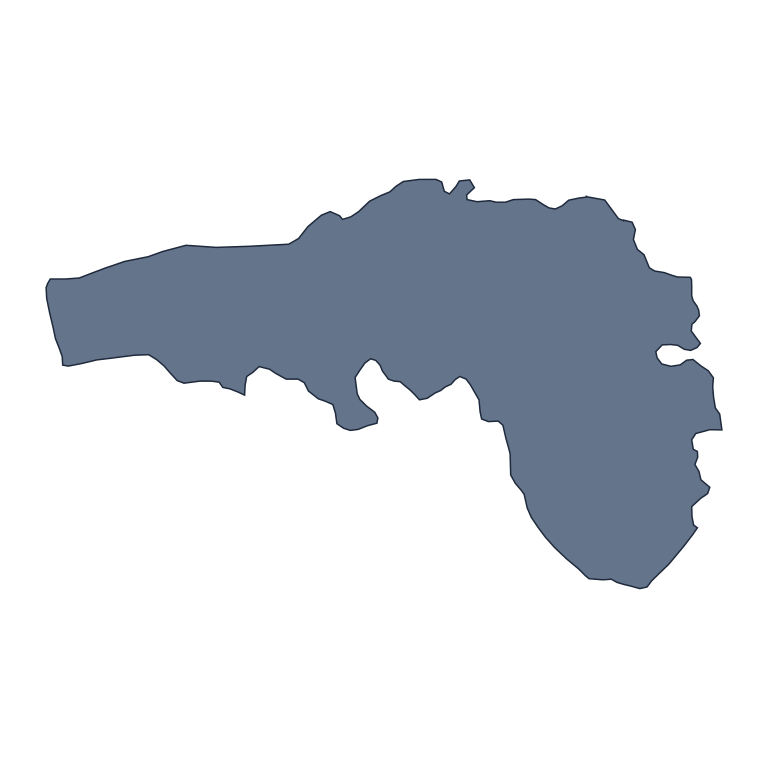 the district of Berg, Jämtland, Sweden
{"feature_id": "70781695B75500523526502", "entity_name": "Berg", "entity_type": "district", "adm_level": 2, "iso_a3": "SWE", "parent_name": "Sweden", "parent_adm1": "Jämtland", "projection": "mercator", "projection_center": [13.824, 62.694], "detail": "fine", "context": "isolated", "style": "filled", "palette": "slate", "viewbox_px": 768, "rotation_deg": 0, "n_neighbors": 0, "source": "geoboundaries", "source_scale": "gbopen_adm2", "svg_char_len": 2911}
<svg xmlns="http://www.w3.org/2000/svg" viewBox="0 0 768 768"><path d="M50.3,279.0L47.7,283.4L46.1,287.6L46.7,298.5L49.6,312.7L53.2,327.8L55.4,338.5L59.3,348.4L62.2,356.5L62.7,365.1L68.3,366.1L81.8,363.5L96.8,359.9L110.3,358.3L134.7,355.2L148.7,354.7L157.0,359.9L164.2,366.1L171.0,373.9L177.2,380.6L184.0,383.2L200.0,381.1L211.4,381.1L219.2,382.2L222.8,387.4L230.1,388.9L237.9,392.0L244.6,395.1L245.1,385.3L246.7,376.5L252.9,372.3L259.1,366.6L269.5,369.2L275.7,373.4L286.1,379.1L298.0,379.1L304.3,382.7L308.4,391.0L318.3,398.8L324.5,400.9L332.8,404.5L335.4,412.8L336.9,423.7L343.7,428.3L350.4,430.4L358.2,429.4L367.5,425.7L376.9,423.2L377.9,418.0L374.8,412.3L366.5,406.0L359.8,399.3L357.2,393.6L355.1,377.5L359.8,370.3L364.9,363.0L370.6,358.8L375.8,360.4L380.0,365.1L382.6,371.3L385.7,375.4L388.3,379.1L394.0,381.1L400.2,381.7L404.9,385.8L410.1,390.0L414.7,394.6L419.4,399.8L427.2,398.3L434.9,393.1L440.7,390.5L445.3,386.9L451.0,384.3L455.2,379.6L459.8,376.5L466.1,379.1L470.7,385.3L475.4,393.6L479.0,399.8L480.1,411.7L481.6,419.0L488.4,421.6L498.2,421.1L502.9,425.2L506.0,438.7L508.1,446.0L510.1,453.7L510.7,475.0L515.3,483.3L521.0,490.0L524.1,494.2L527.3,508.2L531.4,517.5L538.1,527.4L545.4,537.2L554.7,547.6L566.7,559.0L578.6,568.9L585.3,575.6L589.0,578.7L603.0,579.8L611.3,579.2L617.0,582.4L623.7,584.4L630.5,586.0L639.8,588.6L647.0,587.0L651.7,580.8L658.5,574.1L668.8,564.2L683.9,546.1L692.7,534.6L697.4,527.8L693.6,525.0L692.0,516.7L691.7,506.6L700.6,498.4L707.6,493.6L709.8,487.3L705.3,483.5L700.9,479.7L699.0,471.5L694.9,464.5L697.7,457.2L697.4,451.5L693.3,449.3L691.7,439.8L695.8,433.5L709.8,429.7L721.9,429.9L719.7,414.0L715.4,408.1L713.6,397.4L712.7,386.7L713.4,377.8L708.3,370.8L700.6,365.7L693.0,359.5L686.6,360.2L680.2,364.9L670.9,366.3L661.8,364.0L657.1,357.8L655.8,351.7L662.2,344.9L670.3,344.5L677.7,345.3L684.3,349.3L690.7,350.4L697.0,347.6L700.4,343.4L696.6,338.3L691.3,331.1L691.9,324.3L695.1,321.5L699.4,315.8L698.7,310.3L697.0,306.2L693.2,300.9L691.7,295.8L691.7,285.8L691.5,279.5L690.4,277.6L690.2,277.3L677.5,277.0L671.9,275.3L664.3,272.6L654.6,271.0L649.3,267.7L644.0,254.7L637.4,249.4L633.4,239.5L635.4,229.5L632.1,222.2L622.8,219.9L622.7,219.8L623.0,220.5L618.4,218.6L606.1,201.9L604.7,200.0L587.0,196.8L586.4,196.4L586.4,197.1L578.6,198.1L568.7,200.2L562.0,205.9L555.3,209.0L549.0,207.9L542.8,204.3L535.6,199.6L528.8,199.1L513.3,199.6L505.5,202.2L496.1,202.2L489.9,200.7L477.0,201.7L467.1,199.6L466.6,195.0L474.4,187.7L469.7,179.9L459.3,181.0L456.2,186.2L449.5,193.9L444.3,191.3L441.7,182.0L436.0,179.4L419.4,179.4L404.8,181.3L403.3,181.5L396.1,186.2L389.8,191.9L381.0,195.5L369.6,201.2L358.7,211.6L350.9,216.8L342.6,219.4L339.5,215.7L330.2,211.6L321.4,215.2L307.9,226.6L298.6,238.5L288.7,244.2L249.3,246.3L216.1,247.4L186.0,245.3L162.7,251.5L148.2,256.7L124.8,261.4L105.1,268.1L90.1,273.8L79.2,278.0L65.7,279.0L50.3,279.0Z" fill="#64748b" stroke="#1e293b" stroke-width="1.5"/></svg>